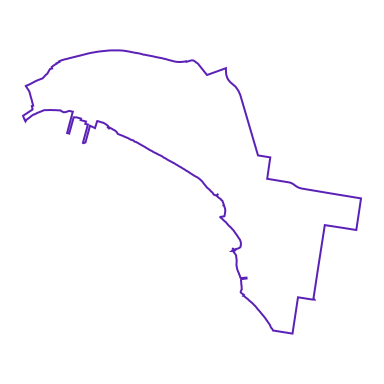 outline of Port Phillip, Victoria, Australia
{"feature_id": "25037944B19605677345756", "entity_name": "Port Phillip", "entity_type": "district", "adm_level": 2, "iso_a3": "AUS", "parent_name": "Australia", "parent_adm1": "Victoria", "projection": "natural_earth1", "projection_center": [144.966, -37.859], "detail": "fine", "context": "isolated", "style": "outline", "palette": "violet", "viewbox_px": 384, "rotation_deg": 0, "n_neighbors": 0, "source": "geoboundaries", "source_scale": "gbopen_adm2", "svg_char_len": 5867}
<svg xmlns="http://www.w3.org/2000/svg" viewBox="0 0 384 384"><path d="M314.4,299.6L313.5,298.3L317.8,270.0L324.8,225.1L342.4,227.8L356.3,230.0L360.3,203.3L361.0,198.4L329.4,193.2L301.5,188.5L300.6,188.2L299.7,188.0L298.9,187.7L298.0,187.3L297.4,187.0L296.6,186.5L295.8,186.0L293.6,184.4L293.1,184.0L292.5,183.7L292.0,183.4L291.4,183.1L290.6,182.8L289.9,182.6L289.1,182.4L267.2,178.8L269.4,163.4L270.3,157.4L258.0,155.4L240.4,95.4L240.2,94.8L240.0,94.3L238.5,91.0L238.3,90.7L235.8,87.0L235.5,86.7L235.2,86.4L233.3,84.8L233.1,84.6L230.4,82.3L229.9,81.8L229.5,81.3L229.1,80.7L228.6,80.2L227.9,79.1L227.5,78.5L227.3,77.8L227.0,77.2L226.8,76.6L226.6,75.9L226.4,75.3L226.3,74.6L226.2,73.9L226.1,73.3L226.0,71.9L225.9,69.4L225.9,68.2L207.0,75.0L197.8,63.5L196.5,62.6L196.3,62.6L194.7,61.2L193.7,60.7L193.2,60.5L192.8,60.4L192.5,60.4L191.6,60.4L190.5,60.6L189.6,60.9L188.0,61.4L186.7,61.7L186.4,61.8L186.1,61.2L185.2,61.5L183.7,61.7L181.6,61.9L180.7,62.0L179.2,62.0L177.1,61.9L174.7,61.5L173.4,61.2L172.4,60.9L170.2,60.4L166.1,59.2L161.0,58.0L159.9,57.8L158.8,57.6L156.7,57.2L152.8,56.3L149.1,55.6L147.5,55.3L146.6,55.1L145.0,54.8L144.6,54.7L144.1,54.7L143.8,54.7L142.9,54.4L141.6,54.1L140.5,53.7L139.0,53.4L135.2,52.8L128.1,51.4L125.8,51.0L122.9,50.6L119.7,50.4L119.1,50.4L114.0,50.4L110.9,50.4L109.3,50.5L106.9,50.7L101.9,51.2L98.5,51.6L94.9,52.2L90.9,52.9L88.5,53.4L86.2,54.0L83.8,54.6L80.8,55.4L72.2,57.5L67.6,58.7L64.2,59.5L61.9,60.2L60.8,60.6L59.5,61.2L59.0,61.4L59.3,62.1L58.9,62.2L57.5,62.9L56.8,63.1L56.4,63.3L56.5,63.8L55.7,64.2L54.7,64.8L54.1,65.2L52.6,66.3L51.7,67.0L52.1,68.5L50.0,69.0L47.3,73.7L45.7,75.0L42.7,78.3L36.5,80.7L29.1,84.6L26.3,85.7L25.8,86.0L28.6,90.3L28.9,90.7L29.1,91.1L29.3,91.6L29.5,92.2L29.8,93.0L31.1,98.1L31.4,98.8L32.4,102.7L33.2,105.7L31.8,106.1L32.6,109.2L32.6,109.5L23.0,115.8L23.9,118.1L24.9,119.8L24.7,119.9L25.5,121.4L26.0,120.5L26.3,120.0L26.9,119.5L27.3,119.2L30.0,117.2L31.3,116.1L32.6,115.1L34.2,114.3L34.3,114.3L34.8,114.3L37.3,112.9L39.7,112.0L43.4,110.5L43.9,110.2L45.6,110.1L48.3,110.1L50.4,110.0L52.8,110.1L55.2,110.1L57.7,110.3L60.6,110.4L61.0,110.9L62.3,111.6L63.8,112.3L66.0,112.0L69.2,110.9L72.8,111.7L67.1,133.0L69.2,133.6L73.7,117.3L76.3,117.3L81.0,118.6L80.6,120.1L86.0,121.5L85.3,123.9L87.9,124.5L86.9,128.2L82.9,142.9L83.0,143.0L83.5,143.2L85.5,142.4L90.0,125.7L95.0,128.1L97.2,121.1L97.6,121.1L98.2,121.2L98.9,121.5L99.8,121.7L100.4,122.0L101.6,122.4L102.7,122.5L103.6,123.0L104.4,123.3L107.8,125.7L108.0,126.0L108.0,126.8L107.8,127.1L108.0,127.3L107.9,127.4L108.8,128.3L109.3,127.7L109.4,127.9L109.6,127.6L111.1,128.4L111.6,128.6L113.3,129.7L114.4,130.2L114.8,130.4L116.9,132.2L117.2,132.9L117.5,133.6L117.7,133.8L118.3,134.1L119.5,134.6L120.2,134.9L121.7,135.5L122.4,135.6L124.0,136.5L124.6,136.7L125.6,137.1L127.2,137.8L128.2,138.2L130.6,139.6L131.4,139.9L131.9,140.1L132.8,140.2L133.6,140.6L133.9,140.9L134.2,141.4L134.8,141.7L136.1,142.0L137.7,142.9L139.9,144.2L142.4,145.6L145.0,147.0L146.2,147.9L147.0,148.3L148.2,149.0L149.7,150.0L150.6,150.4L152.2,151.2L153.7,152.2L155.5,153.0L157.8,154.2L158.9,154.8L160.3,155.4L162.4,156.5L163.2,157.2L164.5,158.0L165.7,158.5L167.0,159.4L169.6,160.9L171.9,162.0L172.7,162.6L174.1,163.2L175.1,163.8L175.9,164.4L177.3,165.1L179.4,166.5L180.3,166.9L181.1,167.3L182.2,168.1L183.7,169.0L184.8,169.6L185.8,170.4L188.0,171.6L190.0,173.0L194.4,175.8L195.6,176.5L196.6,176.9L198.3,178.0L199.9,179.2L200.7,180.1L202.0,181.2L203.2,182.8L204.1,184.0L205.7,185.9L207.2,187.8L208.7,188.9L210.4,190.7L211.6,191.9L212.3,192.4L212.9,193.1L213.2,193.7L213.4,194.1L213.9,194.7L214.6,195.1L215.5,195.2L216.5,195.3L217.1,194.8L217.6,194.4L217.7,194.5L217.4,195.2L216.9,195.5L216.6,195.7L216.5,195.8L217.2,196.3L218.3,197.4L219.0,197.9L220.3,198.8L221.0,199.3L221.2,199.6L221.2,199.9L221.9,200.5L222.4,200.8L223.9,205.0L223.5,205.1L223.4,205.3L223.5,205.4L223.5,205.5L223.8,205.6L224.0,205.5L224.6,207.3L225.0,208.3L225.1,208.8L225.2,209.7L225.3,210.3L225.2,211.4L225.1,211.9L225.1,212.4L224.9,213.6L224.5,216.1L224.4,216.2L223.8,216.4L223.0,216.5L221.7,216.7L220.3,216.9L220.2,217.1L220.4,217.4L222.5,219.1L222.7,219.3L223.4,220.1L225.0,221.5L225.7,222.0L228.7,225.6L230.6,227.2L231.8,228.6L233.3,230.1L234.4,231.7L235.8,233.7L237.0,235.3L239.1,238.6L239.9,239.6L240.2,240.4L240.3,240.8L240.6,241.5L240.8,242.1L240.9,242.9L240.9,245.0L240.8,245.3L240.4,247.1L240.2,247.3L239.7,247.7L239.4,247.8L239.2,248.0L238.1,248.5L236.6,248.9L235.8,249.1L235.4,249.3L235.3,249.5L235.6,249.8L235.0,250.4L234.3,249.6L233.7,249.2L233.3,248.8L233.1,248.7L232.8,248.7L232.7,248.9L232.7,249.5L232.8,250.0L232.7,250.5L232.0,251.0L232.8,251.0L233.7,251.9L234.5,253.1L235.5,254.4L235.8,254.9L236.1,255.4L236.1,255.5L236.1,256.3L236.3,257.1L236.4,258.7L236.6,259.4L236.7,260.2L236.6,262.3L236.5,263.7L236.5,265.8L236.7,266.4L237.1,268.6L237.3,269.3L237.5,270.0L237.7,270.7L238.0,271.4L238.3,272.0L238.6,272.7L238.9,273.3L239.1,274.0L239.3,274.7L239.6,275.1L239.8,275.7L240.0,276.4L240.2,277.0L240.3,277.4L240.5,277.9L240.9,278.1L246.5,277.6L246.6,278.5L241.5,279.1L241.1,279.6L241.0,280.2L241.1,280.9L241.2,282.1L241.3,283.6L241.3,284.3L241.4,285.1L241.6,285.9L241.7,289.0L241.8,289.4L241.3,290.2L240.7,291.6L240.8,292.4L241.4,293.1L243.9,294.9L243.3,295.8L244.0,295.9L244.8,296.8L246.0,297.7L246.4,298.0L246.9,298.5L247.6,298.9L249.2,300.5L249.8,301.0L250.9,302.0L251.5,302.4L252.6,303.4L253.7,304.5L254.2,305.1L254.8,305.6L256.3,307.3L256.7,307.9L257.2,308.5L257.7,309.2L258.2,309.7L258.7,310.3L259.2,310.8L260.2,312.0L261.2,313.2L262.1,314.4L262.6,314.9L263.6,316.1L264.1,316.7L265.0,317.9L265.6,318.5L265.7,318.9L266.6,320.2L267.1,320.8L267.5,321.4L268.4,322.8L268.9,323.4L269.3,324.0L269.7,324.7L270.1,325.3L270.4,326.2L270.7,327.0L271.1,327.7L271.6,328.2L272.1,328.8L272.5,329.5L272.9,330.2L273.0,330.5L292.5,333.6L298.0,297.3L312.0,299.5L314.4,299.6Z" fill="none" stroke="#5b21b6" stroke-width="2"/></svg>